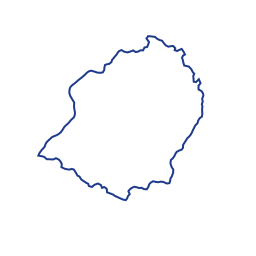 the district of Santo Estêvão, Bahia, Brazil, rotated 145°
{"feature_id": "56859067B59160361010932", "entity_name": "Santo Estêvão", "entity_type": "district", "adm_level": 2, "iso_a3": "BRA", "parent_name": "Brazil", "parent_adm1": "Bahia", "projection": "natural_earth1", "projection_center": [-39.267, -12.461], "detail": "fine", "context": "isolated", "style": "outline", "palette": "blue", "viewbox_px": 256, "rotation_deg": 145, "n_neighbors": 0, "source": "geoboundaries", "source_scale": "gbopen_adm2", "svg_char_len": 2415}
<svg xmlns="http://www.w3.org/2000/svg" viewBox="0 0 256 256"><g transform="rotate(145 128 128)"><path d="M147.7,67.0L144.6,68.4L143.0,69.7L140.9,70.2L138.0,70.0L136.1,67.8L134.1,66.1L131.9,65.3L129.7,63.1L128.1,60.3L125.7,59.1L123.9,60.4L122.1,62.3L119.7,63.3L116.5,65.6L114.7,68.1L114.7,70.9L113.6,74.5L111.4,77.1L108.3,77.6L105.9,78.5L103.9,79.7L101.9,80.5L99.0,80.2L96.4,79.5L94.4,80.2L92.5,82.6L84.9,85.7L82.8,85.9L79.8,86.8L75.3,89.4L71.4,91.5L68.5,92.0L66.1,93.9L63.6,94.9L61.0,94.9L59.0,96.9L57.9,98.8L56.3,101.2L54.8,102.7L53.9,105.1L51.6,106.8L50.6,109.3L47.6,111.4L46.7,113.4L46.6,116.1L48.1,119.1L46.1,122.1L42.9,123.1L42.0,127.3L46.0,126.6L47.6,128.3L46.4,130.2L44.7,133.2L42.6,134.4L42.9,136.7L42.4,139.8L42.9,143.4L46.1,146.9L45.2,149.7L44.3,151.8L43.4,154.6L41.2,155.8L39.2,155.5L38.7,158.4L38.7,162.0L41.4,162.6L43.6,162.9L45.1,165.0L43.5,166.3L44.0,169.3L46.3,170.6L48.3,171.5L49.7,174.0L50.0,177.3L50.0,179.9L51.6,181.9L52.8,183.9L53.7,187.2L56.5,189.8L58.8,191.7L61.5,190.7L61.5,186.4L63.7,184.7L65.9,183.4L68.3,184.5L71.1,183.0L73.3,184.5L76.1,184.8L78.2,185.9L79.2,188.5L82.2,189.3L85.0,190.2L87.3,192.6L88.7,195.6L91.0,196.1L93.2,195.6L95.7,194.5L97.8,194.1L100.0,193.4L102.0,192.9L103.8,191.5L106.6,191.3L108.7,192.3L110.7,192.8L112.7,191.0L114.0,189.3L116.6,188.0L118.4,188.7L121.2,190.8L123.1,193.4L125.2,196.0L127.5,196.9L130.4,196.8L133.7,196.2L136.9,195.9L141.2,195.7L143.8,195.4L145.8,195.2L148.4,195.1L151.0,194.8L153.0,193.8L154.8,191.9L156.1,190.1L156.9,187.4L157.2,183.7L157.5,179.7L159.8,176.7L161.2,174.1L162.4,171.4L164.1,169.2L166.2,167.8L170.3,167.2L174.2,166.1L177.2,165.8L179.5,165.4L182.3,164.2L185.2,163.1L188.5,162.8L191.3,163.2L195.1,164.1L199.3,163.6L202.1,163.2L204.3,162.4L207.2,160.4L210.7,159.6L213.1,158.9L215.2,158.1L217.3,156.8L215.2,154.7L213.3,152.6L212.4,149.0L210.7,147.8L209.1,146.5L207.0,145.0L204.3,144.6L202.8,141.8L202.5,139.1L202.9,136.5L205.0,134.1L203.1,130.7L200.0,127.6L197.5,126.7L196.2,125.0L196.3,121.5L196.7,117.9L195.6,116.1L195.8,112.7L194.9,110.2L193.7,107.2L192.6,105.1L193.3,103.0L191.4,100.4L188.1,100.7L184.5,99.8L182.9,96.8L183.6,93.8L181.4,93.4L180.3,90.5L182.0,87.3L179.8,84.1L178.4,82.1L177.7,79.8L176.5,77.9L175.1,75.5L173.2,72.3L171.2,70.2L169.2,70.8L167.1,72.2L164.5,72.9L163.9,76.0L162.0,76.6L159.7,76.8L156.6,76.3L154.6,74.2L153.3,72.4L151.1,71.2L150.0,68.8L147.7,67.0Z" fill="none" stroke="#1e3a8a" stroke-width="2"/></g></svg>